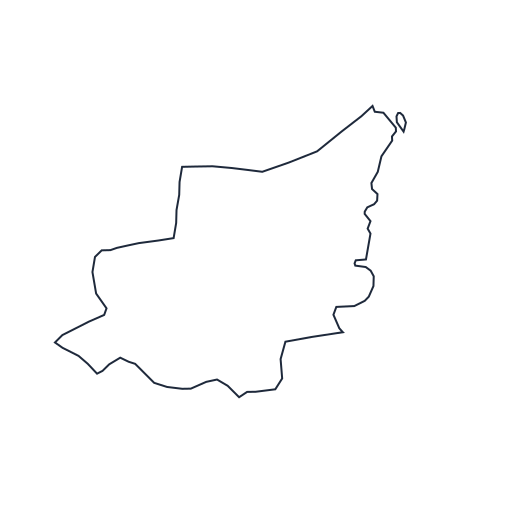 the district of Chongdan, Hwanghae-namdo, North Korea, rotated 225°
{"feature_id": "82179303B18505219089610", "entity_name": "Chongdan", "entity_type": "district", "adm_level": 2, "iso_a3": "PRK", "parent_name": "North Korea", "parent_adm1": "Hwanghae-namdo", "projection": "albers", "projection_center": [125.906, 38.001], "detail": "fine", "context": "isolated", "style": "outline", "palette": "slate", "viewbox_px": 512, "rotation_deg": 225, "n_neighbors": 0, "source": "geoboundaries", "source_scale": "gbopen_adm2", "svg_char_len": 1375}
<svg xmlns="http://www.w3.org/2000/svg" viewBox="0 0 512 512"><g transform="rotate(225 256 256)"><path d="M337.0,52.7L327.8,54.3L310.8,59.9L298.8,60.8L285.2,60.4L283.3,66.2L283.2,75.6L280.1,88.1L271.2,91.2L265.2,94.3L250.2,94.3L238.3,94.3L226.3,100.5L214.3,109.9L208.3,116.1L202.2,131.8L196.2,141.1L184.2,144.2L168.1,144.2L166.2,153.6L160.2,159.8L148.1,175.4L150.9,187.9L165.7,200.5L174.6,216.2L159.4,238.1L140.7,263.5L141.0,263.5L146.0,263.8L159.7,269.2L163.2,276.8L151.1,290.1L147.4,301.2L147.5,307.0L151.7,317.8L158.4,324.9L164.5,326.7L170.6,325.8L179.0,319.4L181.1,320.5L182.4,323.5L175.8,331.3L190.9,352.8L196.4,354.3L199.7,361.6L208.9,362.6L209.8,363.5L210.5,364.3L211.7,369.1L209.1,376.2L209.5,380.8L213.9,385.7L221.3,385.4L226.0,389.2L229.4,401.6L237.8,415.2L241.3,433.9L244.4,436.7L245.1,443.1L247.9,445.6L267.2,447.4L274.0,442.0L279.7,444.5L280.3,429.5L283.5,404.5L286.8,373.2L299.0,345.0L311.1,320.0L323.2,310.6L335.2,301.2L350.2,288.7L362.3,276.2L371.3,266.8L362.4,254.3L353.5,244.9L344.7,232.3L335.8,222.9L326.9,210.4L336.0,197.9L348.0,182.2L354.1,172.8L360.1,163.4L363.1,157.2L369.1,150.9L369.2,141.5L360.3,129.0L342.5,116.4L324.7,113.3L321.7,107.0L327.8,91.3L333.9,72.6L337.0,63.2L337.0,52.7ZM255.2,459.1L256.6,457.6L255.4,454.1L251.0,450.2L239.6,448.3L240.9,450.7L244.4,456.4L251.3,459.3L255.2,459.1Z" fill="none" stroke="#1e293b" stroke-width="2"/></g></svg>